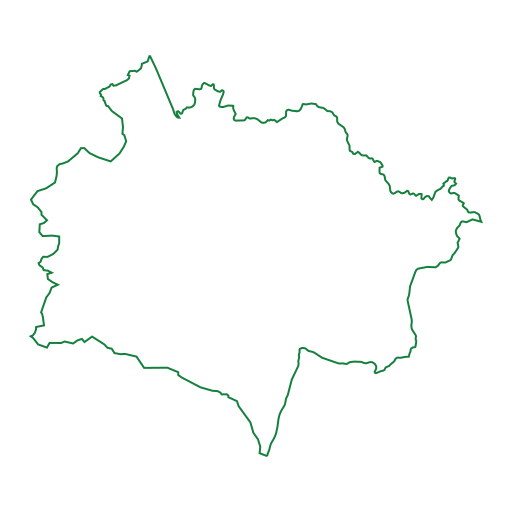 the border of East Kazakhstan
{"feature_id": "KAZ-3206", "entity_name": "East Kazakhstan", "entity_type": "Region", "adm_level": 1, "iso_a3": "KAZ", "parent_name": "Kazakhstan", "parent_adm1": "", "projection": "albers", "projection_center": [82.81, 48.617], "detail": "fine", "context": "isolated", "style": "outline", "palette": "green", "viewbox_px": 512, "rotation_deg": 0, "n_neighbors": 0, "source": "natural_earth", "source_scale": "10m", "svg_char_len": 5997}
<svg xmlns="http://www.w3.org/2000/svg" viewBox="0 0 512 512"><path d="M481.3,221.8L472.4,219.4L466.6,222.2L462.8,221.4L461.6,221.6L460.8,222.4L459.9,224.7L459.3,225.8L457.0,228.1L455.9,230.6L455.8,231.7L456.3,234.3L457.4,236.5L458.8,237.7L459.6,238.9L457.6,242.6L458.4,247.0L458.1,247.8L455.1,252.4L452.5,255.4L451.0,259.5L450.3,260.2L445.4,262.5L441.3,262.4L440.1,262.9L437.7,266.0L435.4,267.3L427.4,266.9L418.0,268.7L416.4,269.9L415.3,272.0L410.1,286.3L409.3,293.4L408.8,295.9L407.6,299.1L407.6,300.6L411.7,319.6L411.8,321.8L411.3,326.1L411.6,328.1L412.3,330.0L415.6,335.0L416.0,336.3L415.6,338.8L416.2,341.0L416.2,342.1L415.5,346.5L415.0,347.1L413.0,347.4L411.1,348.5L410.7,349.6L410.4,351.8L409.5,353.6L408.8,356.7L405.9,356.8L400.3,357.8L397.7,357.6L396.9,357.8L395.4,359.0L394.4,361.0L393.5,362.0L390.5,364.4L389.3,365.9L386.1,367.2L385.4,367.9L384.5,369.8L383.6,370.5L380.2,371.4L377.0,372.8L375.8,373.1L374.9,372.7L374.7,371.8L376.2,368.7L376.2,366.4L375.3,364.5L373.8,363.1L372.2,362.2L370.1,362.1L366.0,363.3L363.9,363.0L361.5,361.9L354.7,361.6L349.9,362.1L347.1,363.8L346.1,364.0L343.0,363.4L338.8,363.5L322.0,357.7L314.4,352.7L312.7,351.9L308.6,351.0L305.5,348.5L304.4,348.1L302.0,348.0L299.8,348.9L299.5,349.6L299.6,352.2L298.8,355.0L299.2,357.0L298.3,361.4L298.6,363.7L298.3,365.9L291.8,379.5L287.8,394.9L286.0,398.7L285.2,403.3L284.5,405.4L281.5,410.3L279.7,414.1L278.6,418.3L277.4,427.2L276.1,433.1L275.5,434.9L274.2,438.0L270.8,443.9L269.1,450.3L267.7,453.6L267.3,455.4L266.3,455.8L259.6,453.2L260.3,446.7L257.9,439.2L253.4,432.8L250.4,422.4L238.7,406.3L236.9,401.1L228.4,397.2L228.3,395.5L226.7,394.3L221.7,394.4L220.5,392.7L217.6,391.1L212.6,390.8L200.4,387.3L181.7,377.5L178.3,375.1L178.2,372.2L167.4,367.7L144.1,367.9L136.5,356.6L125.0,353.9L120.7,354.2L114.5,353.1L111.7,348.7L107.5,347.8L104.3,344.4L92.1,336.6L84.5,342.0L81.9,338.9L77.5,340.4L73.1,343.5L64.6,341.5L61.2,343.0L49.6,342.9L46.9,347.6L38.1,344.4L33.0,337.9L30.7,336.3L32.8,335.4L34.8,332.9L36.0,329.5L36.1,327.0L44.0,325.4L42.9,317.2L42.1,313.9L41.1,312.4L46.2,297.6L49.5,293.1L51.6,287.6L57.8,284.7L52.8,282.4L47.9,279.0L47.3,274.1L51.7,272.7L47.9,270.7L43.6,270.1L42.7,267.5L39.5,265.3L38.6,263.1L40.6,261.7L41.5,258.9L43.1,256.8L47.6,256.9L53.5,253.8L57.6,249.6L58.1,246.5L59.2,243.2L59.2,236.5L52.1,235.6L42.6,236.1L39.3,232.1L39.8,224.3L43.9,223.0L47.0,220.3L41.5,214.8L41.5,212.1L37.7,207.3L33.2,204.3L31.0,199.6L37.5,191.1L46.2,188.3L55.0,182.5L56.6,175.9L56.9,172.6L56.7,167.8L57.2,166.2L59.5,164.2L63.1,163.4L68.1,161.4L77.9,153.1L80.9,148.2L84.3,148.1L89.4,153.0L98.1,157.3L110.7,161.4L119.4,153.6L123.6,147.1L126.2,141.3L124.3,135.2L122.4,133.8L123.0,127.2L122.0,118.5L111.8,111.0L108.1,106.1L106.7,106.0L106.2,105.5L104.8,102.1L104.8,101.2L103.6,100.4L103.3,97.9L102.6,97.1L100.7,96.1L101.1,94.8L99.9,93.1L99.8,92.0L100.7,91.3L101.1,90.7L103.3,88.9L104.8,89.0L109.5,86.6L110.6,84.6L112.4,84.1L113.4,85.7L115.9,85.4L126.9,80.2L129.0,78.4L129.5,75.7L127.8,75.0L129.7,71.2L135.2,70.8L136.5,71.7L138.8,70.2L140.9,68.4L141.8,65.4L141.9,63.8L147.7,61.4L149.3,56.3L150.1,56.2L156.2,69.0L173.1,109.3L174.5,113.8L176.6,116.7L178.0,117.6L179.3,117.7L177.1,114.0L176.6,112.0L178.0,111.2L178.7,111.6L180.1,113.3L180.8,113.7L181.7,113.6L182.2,113.0L182.9,110.9L183.4,109.9L185.6,108.8L187.0,107.4L189.2,107.6L190.8,107.3L192.6,106.4L194.1,104.9L195.0,102.7L195.3,99.4L194.8,97.5L193.2,95.4L193.2,93.4L193.5,91.3L193.9,90.1L194.4,89.3L195.1,88.8L199.5,89.3L201.1,88.9L201.7,87.3L201.8,86.3L202.5,84.5L203.9,83.1L204.6,83.0L210.0,85.8L211.0,86.0L212.7,84.3L213.6,84.4L213.9,85.3L213.9,87.6L214.2,88.8L214.7,89.5L218.1,91.4L220.1,91.8L221.8,90.3L222.6,90.4L223.4,90.9L223.7,91.7L223.1,94.2L220.3,100.9L219.0,105.7L219.3,106.3L221.1,107.0L223.3,107.0L228.2,105.5L233.2,105.8L233.2,108.1L233.8,110.3L235.7,114.0L234.0,116.9L233.7,118.5L234.2,119.9L235.4,120.6L244.1,120.4L245.1,119.8L246.3,117.9L247.0,117.3L247.8,117.3L249.3,118.4L250.2,118.6L253.2,118.1L255.2,118.4L257.1,119.0L261.3,122.4L263.4,122.9L265.6,122.4L267.9,120.1L269.2,120.6L270.9,119.6L272.3,120.3L274.1,119.9L275.0,120.4L276.9,122.1L282.2,118.6L285.0,117.3L286.0,115.9L286.1,111.4L287.2,110.1L288.7,109.7L291.9,110.7L297.3,111.3L299.2,110.7L300.7,109.0L301.8,106.7L302.7,104.2L303.9,104.0L305.6,104.5L311.4,103.5L315.9,104.1L317.1,105.9L318.6,107.1L323.1,107.9L324.1,108.4L327.4,111.1L330.0,111.2L331.8,112.0L332.5,112.7L334.3,115.5L336.0,116.2L337.1,117.5L337.2,121.6L338.3,123.6L343.5,127.2L344.8,129.0L345.6,132.1L347.0,133.7L347.5,134.7L347.6,135.9L346.8,139.4L347.4,141.4L349.5,145.5L349.6,149.8L350.0,150.9L352.3,152.0L353.4,153.9L355.0,154.0L357.9,151.8L359.4,152.9L360.6,154.3L361.9,155.2L363.3,155.5L366.3,155.4L368.3,157.6L369.6,158.5L371.8,158.3L372.5,158.7L374.1,161.6L374.6,162.0L376.6,160.9L377.5,161.0L380.3,162.2L380.8,162.7L382.6,165.6L382.5,166.7L379.6,167.7L379.5,171.4L379.7,173.1L380.6,173.9L383.0,174.4L384.0,175.1L384.7,176.6L385.2,179.8L385.9,180.9L388.7,184.0L389.7,185.8L390.3,190.9L391.5,192.8L393.2,193.7L394.9,193.1L396.5,191.9L398.2,191.3L399.2,191.7L401.1,193.0L402.1,193.3L404.4,192.8L407.1,190.8L407.9,190.9L408.4,191.6L409.1,193.4L409.7,194.2L410.4,194.5L412.6,193.6L413.5,193.5L414.2,193.9L415.5,195.5L416.2,195.8L419.1,193.9L421.6,194.1L421.4,198.4L422.1,199.1L422.8,199.3L423.5,199.0L425.4,196.8L427.1,196.0L428.9,196.3L430.0,198.0L431.8,199.9L433.3,197.7L435.4,191.9L437.7,190.1L440.3,189.0L442.9,186.3L443.7,185.9L443.9,184.9L443.4,183.5L445.3,182.2L446.4,181.1L447.2,181.1L447.9,179.9L448.3,178.5L448.9,177.6L450.2,177.6L452.0,178.5L454.7,178.1L455.1,178.4L455.2,179.1L454.4,181.2L454.5,182.0L456.1,183.7L454.5,185.3L451.7,185.9L450.9,186.7L448.9,190.1L448.8,191.1L449.1,191.9L450.0,192.9L451.0,193.5L453.8,192.9L454.8,193.1L458.8,195.6L458.5,198.0L458.5,199.4L459.2,200.5L463.7,203.0L463.7,203.7L463.1,204.4L462.7,205.6L463.1,206.4L467.4,209.9L467.7,211.3L468.6,212.3L470.3,212.6L473.8,212.1L475.1,212.3L478.6,214.2L479.4,215.5L480.5,220.0L481.3,221.8Z" fill="none" stroke="#15803d" stroke-width="2"/></svg>